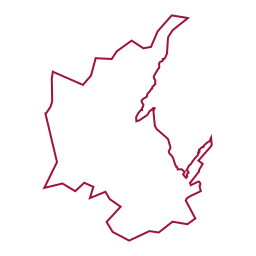 Zangiata, Tashkent, Uzbekistan (Robinson projection)
{"feature_id": "79887680B90536772878840", "entity_name": "Zangiata", "entity_type": "district", "adm_level": 2, "iso_a3": "UZB", "parent_name": "Uzbekistan", "parent_adm1": "Tashkent", "projection": "robinson", "projection_center": [69.123, 41.226], "detail": "fine", "context": "isolated", "style": "outline", "palette": "rose", "viewbox_px": 256, "rotation_deg": 0, "n_neighbors": 0, "source": "geoboundaries", "source_scale": "gbopen_adm2", "svg_char_len": 1882}
<svg xmlns="http://www.w3.org/2000/svg" viewBox="0 0 256 256"><path d="M177.0,166.8L176.1,166.7L174.8,163.4L173.2,158.3L171.8,155.8L169.8,154.0L169.0,152.5L168.8,151.3L170.1,148.6L170.5,147.5L168.1,139.2L165.8,137.0L156.6,129.0L156.1,128.0L154.9,126.2L153.4,110.9L154.6,108.2L153.4,107.9L151.5,109.9L149.6,111.1L147.4,115.0L139.4,120.3L136.4,121.3L136.1,117.2L138.4,113.0L141.1,109.8L142.1,110.0L141.9,108.5L143.2,106.2L143.4,104.8L141.7,101.9L141.5,100.9L142.9,99.0L145.9,97.3L146.8,96.7L147.5,93.7L150.1,91.0L151.0,89.2L152.2,88.6L152.3,87.0L155.2,84.2L155.3,80.3L154.0,78.2L153.8,76.3L158.3,68.6L159.1,68.1L159.3,65.7L158.9,64.0L159.9,62.1L162.1,61.1L163.1,60.2L162.8,59.0L164.7,58.6L167.0,53.5L167.8,40.6L168.2,37.1L172.6,30.2L187.9,18.1L187.3,17.9L171.7,15.4L157.6,31.4L151.0,46.9L143.4,48.3L131.6,40.6L116.8,51.3L111.7,59.0L95.7,58.2L91.0,75.6L82.9,84.9L52.8,71.7L52.4,74.5L51.8,78.6L52.2,101.3L50.6,106.6L46.8,112.4L45.4,113.4L57.0,162.1L44.3,187.9L62.5,183.5L75.2,191.2L84.2,182.8L93.4,186.8L89.9,198.1L105.4,191.8L109.7,199.1L120.6,206.7L106.6,221.9L112.6,231.9L129.1,240.6L149.4,231.1L158.7,232.5L172.5,221.7L187.4,224.2L195.3,218.5L185.8,200.6L186.6,198.7L188.0,197.5L190.4,196.1L195.2,193.8L200.8,191.1L199.7,186.8L199.6,185.4L200.3,184.9L200.3,183.3L199.0,181.6L198.2,181.6L191.3,185.0L190.9,185.2L189.9,183.0L190.7,182.2L199.1,171.4L199.0,170.1L202.7,163.8L198.4,160.6L210.6,146.8L211.7,145.0L211.1,137.7L210.4,139.1L209.9,141.2L208.2,141.9L207.0,142.7L205.7,143.9L204.4,145.0L203.7,145.8L203.4,147.1L202.0,147.1L200.4,148.7L199.0,149.8L198.9,150.5L199.6,151.1L199.3,152.4L198.1,152.5L198.3,154.1L197.4,155.6L196.1,156.9L193.0,160.7L191.0,163.9L188.8,165.8L187.6,168.6L186.5,170.1L188.3,171.6L188.6,172.7L187.5,173.4L186.7,174.7L187.3,176.3L186.1,177.9L183.1,174.5L184.7,172.0L181.7,169.3L177.7,169.4L177.0,166.8Z" fill="none" stroke="#9f1239" stroke-width="2"/></svg>